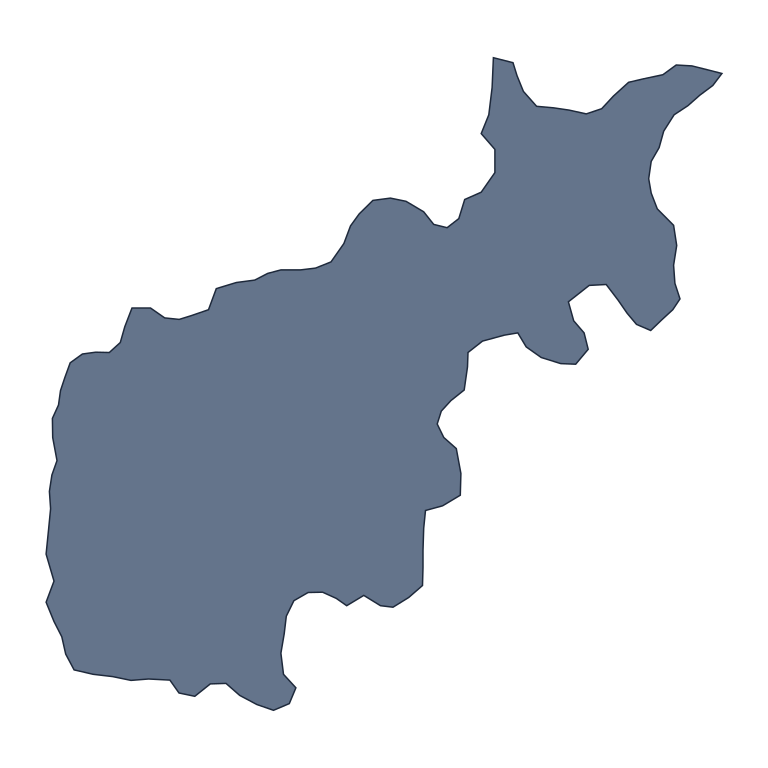 the district of Rio Doce, Minas Gerais, Brazil
{"feature_id": "56859067B3793838419052", "entity_name": "Rio Doce", "entity_type": "district", "adm_level": 2, "iso_a3": "BRA", "parent_name": "Brazil", "parent_adm1": "Minas Gerais", "projection": "robinson", "projection_center": [-42.893, -20.212], "detail": "fine", "context": "isolated", "style": "filled", "palette": "slate", "viewbox_px": 768, "rotation_deg": 0, "n_neighbors": 0, "source": "geoboundaries", "source_scale": "gbopen_adm2", "svg_char_len": 1884}
<svg xmlns="http://www.w3.org/2000/svg" viewBox="0 0 768 768"><path d="M148.5,679.0L169.9,680.1L179.0,693.0L194.8,696.3L210.3,683.9L226.0,683.4L239.7,695.4L256.8,704.5L273.5,710.3L289.3,703.6L295.9,687.8L283.5,674.3L280.9,653.2L284.2,633.8L286.3,616.2L293.9,600.7L308.1,592.5L322.6,592.2L336.3,598.4L346.7,605.7L363.8,595.4L380.5,605.7L393.0,607.2L408.7,597.5L422.5,585.5L423.0,567.3L423.0,550.3L423.7,528.3L425.5,510.5L442.6,505.8L460.3,495.2L460.9,473.5L456.3,448.6L443.8,437.5L437.2,424.0L441.3,411.1L450.9,400.6L464.2,390.0L467.5,366.9L468.0,352.5L482.5,341.1L504.1,335.2L517.8,332.9L526.2,346.9L541.2,357.5L560.7,363.6L575.7,364.2L588.2,349.3L584.1,332.9L573.7,320.8L568.4,301.8L589.2,285.4L606.2,284.5L618.2,300.3L627.1,313.2L636.5,324.4L650.7,330.5L661.6,320.0L672.8,309.7L680.0,298.9L674.9,283.3L673.6,265.2L676.7,245.5L673.6,225.3L657.3,208.9L651.2,193.1L648.7,178.7L651.2,161.4L659.1,147.7L663.7,131.2L674.1,114.8L687.9,105.7L699.8,95.2L712.8,85.5L721.9,73.5L709.5,70.3L691.9,65.9L676.2,65.0L662.9,74.7L643.6,78.8L628.6,82.3L613.4,96.1L601.7,108.7L586.2,113.9L569.1,110.1L553.4,107.8L536.6,106.3L523.4,91.4L517.0,75.6L513.0,62.7L493.4,57.7L492.1,87.6L488.8,114.8L481.2,133.6L494.9,149.4L494.9,172.6L481.2,192.2L464.7,199.5L458.8,218.6L447.1,227.7L433.7,224.4L423.7,211.8L406.0,201.3L390.4,198.1L372.9,200.4L359.2,213.9L350.5,225.9L343.9,243.5L331.0,261.9L315.5,268.1L300.5,269.9L280.9,269.9L267.7,273.4L254.7,280.1L236.4,282.5L216.3,288.6L208.5,309.7L191.4,315.6L179.2,319.4L164.7,317.9L150.5,308.0L132.0,308.0L124.8,326.7L120.3,342.5L109.3,352.5L95.6,352.2L82.4,354.0L70.2,362.8L64.9,377.4L60.5,390.6L58.5,405.0L52.4,418.4L52.7,437.5L57.0,460.6L51.9,475.0L49.4,491.4L50.6,508.7L48.6,529.2L46.1,554.1L54.0,581.1L46.1,602.2L54.0,621.5L61.8,636.8L65.7,654.1L74.1,669.9L93.1,674.3L112.7,676.6L131.0,680.4L148.5,679.0Z" fill="#64748b" stroke="#1e293b" stroke-width="1.5"/></svg>